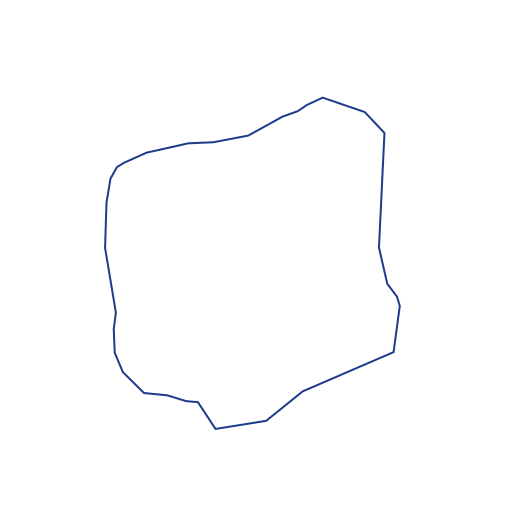 outline of Šmarje pri Jelšah, rotated 23°
{"feature_id": "SVN-993", "entity_name": "Šmarje pri Jelšah", "entity_type": "Municipality", "adm_level": 1, "iso_a3": "SVN", "parent_name": "Slovenia", "parent_adm1": "", "projection": "orthographic", "projection_center": [15.519, 46.216], "detail": "fine", "context": "isolated", "style": "outline", "palette": "blue", "viewbox_px": 512, "rotation_deg": 23, "n_neighbors": 0, "source": "natural_earth", "source_scale": "10m", "svg_char_len": 541}
<svg xmlns="http://www.w3.org/2000/svg" viewBox="0 0 512 512"><g transform="rotate(23 256 256)"><path d="M206.4,425.9L178.8,414.9L163.8,400.3L153.7,379.1L149.1,362.8L113.9,307.5L97.6,265.5L91.8,241.6L93.3,228.4L98.2,221.6L114.8,203.7L149.5,178.8L172.2,168.0L201.9,148.1L225.9,117.4L237.8,106.4L243.9,97.0L255.5,84.2L299.9,81.0L326.2,92.6L365.9,200.2L387.7,230.3L401.8,238.4L407.9,245.9L420.2,290.7L351.9,362.3L329.8,403.7L286.3,431.0L259.6,413.2L248.5,416.9L228.9,418.9L206.4,425.9Z" fill="none" stroke="#1e3a8a" stroke-width="2"/></g></svg>